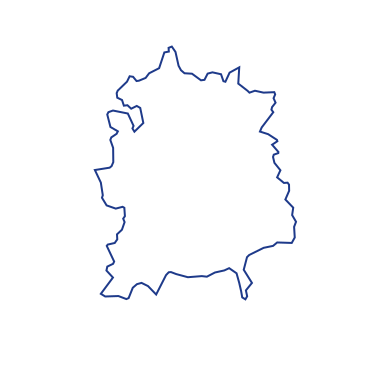 an SVG outline of Cambridgeshire, rotated 207°
{"feature_id": "GBR-2053", "entity_name": "Cambridgeshire", "entity_type": "Administrative County", "adm_level": 1, "iso_a3": "GBR", "parent_name": "United Kingdom", "parent_adm1": "", "projection": "mercator", "projection_center": [0.071, 52.364], "detail": "fine", "context": "isolated", "style": "outline", "palette": "blue", "viewbox_px": 384, "rotation_deg": 207, "n_neighbors": 0, "source": "natural_earth", "source_scale": "10m", "svg_char_len": 1889}
<svg xmlns="http://www.w3.org/2000/svg" viewBox="0 0 384 384"><g transform="rotate(207 192 192)"><path d="M164.0,318.3L162.2,316.7L161.9,312.6L158.1,309.5L159.2,304.0L158.6,301.4L155.8,300.0L159.2,281.2L158.9,276.7L150.4,278.1L140.0,277.0L139.0,276.0L142.1,270.5L133.2,266.9L132.8,265.8L136.1,262.4L135.7,260.0L131.8,255.4L123.1,251.5L122.8,243.7L114.2,241.8L111.1,243.7L108.9,242.6L106.0,237.2L105.4,227.7L94.7,224.0L92.3,216.9L85.8,212.7L85.2,207.3L79.8,198.1L80.0,191.9L93.2,185.7L95.3,180.8L102.8,174.8L112.4,161.9L113.4,158.9L110.6,146.2L97.3,138.2L99.3,128.8L95.5,124.1L95.7,120.6L99.4,120.9L103.1,125.8L108.7,132.5L115.4,139.8L124.3,141.0L127.6,136.8L135.0,130.7L140.3,123.3L145.1,121.5L157.0,114.2L168.8,111.7L174.4,111.1L176.3,109.9L177.4,106.2L177.4,98.9L177.4,84.4L188.5,88.2L195.7,88.1L199.2,84.9L201.3,79.8L200.3,68.7L201.9,66.8L210.3,65.9L221.9,59.5L227.0,59.9L223.6,79.9L232.6,83.2L233.6,87.1L229.7,92.2L229.8,94.7L243.5,105.3L243.2,106.9L237.7,111.5L237.1,115.9L239.6,120.2L237.3,126.6L238.4,134.6L241.2,137.0L240.8,140.0L245.1,147.2L247.1,147.3L252.4,142.6L262.0,141.3L269.6,146.0L270.0,148.6L277.5,159.0L288.5,167.5L276.4,176.3L275.4,178.6L275.7,182.9L282.3,195.5L288.4,201.3L288.7,204.0L285.6,209.6L285.6,212.4L294.2,212.9L302.7,222.6L302.7,225.2L299.4,228.7L284.8,232.8L274.1,224.4L273.9,221.6L270.7,219.6L266.7,231.4L276.3,243.4L280.3,243.6L284.0,238.6L288.9,240.0L291.9,238.0L296.1,242.2L301.4,242.1L304.0,245.9L304.2,248.6L300.0,260.8L300.1,266.8L296.8,267.9L291.8,265.7L289.8,267.1L285.1,272.6L284.1,278.3L277.5,287.4L280.0,303.8L276.4,306.6L278.3,309.8L276.0,312.4L270.3,309.3L261.3,298.4L257.1,295.5L252.6,294.4L245.7,297.4L234.7,295.6L231.8,297.6L231.8,304.6L228.1,307.9L219.6,310.1L214.3,305.0L212.3,305.4L212.7,315.4L206.5,324.5L200.0,309.6L188.5,307.4L185.9,306.6L181.9,310.8L173.4,313.0L164.0,318.3Z" fill="none" stroke="#1e3a8a" stroke-width="2"/></g></svg>